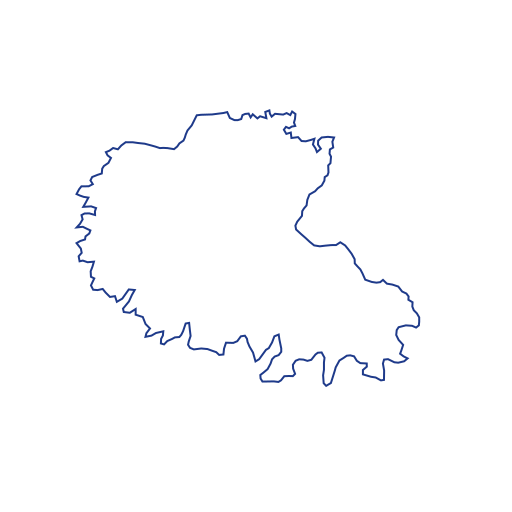 Pato Branco, Paraná, Brazil (Robinson projection), rotated 135°
{"feature_id": "56859067B2148871649171", "entity_name": "Pato Branco", "entity_type": "district", "adm_level": 2, "iso_a3": "BRA", "parent_name": "Brazil", "parent_adm1": "Paraná", "projection": "robinson", "projection_center": [-52.664, -26.152], "detail": "fine", "context": "isolated", "style": "outline", "palette": "blue", "viewbox_px": 512, "rotation_deg": 135, "n_neighbors": 0, "source": "geoboundaries", "source_scale": "gbopen_adm2", "svg_char_len": 4028}
<svg xmlns="http://www.w3.org/2000/svg" viewBox="0 0 512 512"><g transform="rotate(135 256 256)"><path d="M132.7,273.2L131.7,276.3L128.4,279.1L124.7,278.1L121.2,282.8L117.0,284.6L120.9,289.4L125.8,293.4L130.5,293.6L133.4,290.9L134.3,286.0L139.4,286.4L137.8,290.0L136.9,294.6L131.8,297.6L135.0,299.2L139.7,301.9L142.5,305.1L142.2,310.3L147.5,314.4L144.1,318.7L148.2,320.9L147.0,325.6L143.5,326.1L142.3,322.9L139.2,322.2L136.3,320.2L134.8,323.5L131.6,325.3L127.7,328.5L128.3,332.6L132.1,331.4L133.3,335.4L136.8,336.8L142.0,343.1L146.4,343.5L145.5,346.9L143.6,349.5L147.6,351.3L151.2,346.1L154.3,351.9L157.7,352.3L158.1,358.5L161.8,357.8L160.5,361.9L163.2,364.1L165.9,365.2L169.6,363.3L172.9,365.0L175.2,367.4L176.9,372.1L174.6,378.1L178.0,380.2L186.9,387.1L195.0,394.7L198.4,397.4L209.1,393.8L215.7,393.2L219.7,391.6L222.7,390.0L225.7,388.9L230.5,389.8L234.3,389.1L238.4,389.5L242.3,394.9L245.2,398.1L247.7,400.3L249.8,404.5L251.7,407.9L255.3,414.1L259.5,419.3L262.6,423.4L267.7,428.6L273.1,429.4L278.2,429.1L280.7,433.4L285.2,434.1L288.7,435.6L289.8,432.1L289.2,427.9L294.5,426.2L300.0,427.2L303.0,426.5L306.7,423.4L310.6,425.4L316.0,427.7L319.6,426.5L320.6,422.2L325.0,423.6L330.2,428.7L333.8,428.3L339.1,426.7L337.7,423.1L336.0,419.6L333.2,415.8L338.9,414.1L343.4,412.9L337.5,407.7L335.2,403.0L338.3,401.5L340.8,398.8L343.8,404.1L347.2,407.3L350.5,408.3L352.7,404.5L357.7,403.2L362.6,403.0L357.8,399.1L356.3,394.7L355.0,391.2L358.0,389.8L362.7,390.4L365.2,388.6L369.7,390.9L373.8,392.0L374.6,385.1L377.0,381.5L381.6,381.2L384.5,377.0L381.7,375.2L379.5,370.7L374.6,366.6L379.2,364.1L383.7,362.1L387.4,358.0L386.2,354.5L389.7,353.3L393.5,351.9L395.0,347.3L392.1,343.9L387.7,341.1L388.2,336.5L388.2,330.3L384.1,327.3L386.8,322.0L380.7,320.4L369.6,322.3L365.8,317.7L371.3,316.2L378.0,313.7L387.3,312.8L389.1,309.9L385.4,305.1L378.6,303.6L382.6,299.6L379.2,292.9L382.2,286.0L382.2,279.7L388.1,278.9L391.3,277.0L386.2,273.6L381.2,272.3L374.8,268.3L378.1,265.6L381.7,264.5L385.1,261.4L383.5,258.5L378.9,258.6L374.0,256.7L370.9,255.8L367.5,252.9L364.6,253.1L360.7,254.4L353.5,258.0L350.6,256.0L355.2,250.3L358.8,245.7L364.0,243.1L366.8,241.3L367.6,237.7L366.0,233.9L360.1,229.3L356.1,224.5L354.1,220.2L352.1,216.1L352.0,212.1L348.7,209.4L344.1,213.1L338.5,215.9L333.5,210.6L329.5,209.0L323.5,209.9L320.2,207.5L320.9,203.9L322.8,201.1L324.6,196.7L326.4,189.8L330.9,181.8L326.7,180.8L315.3,182.6L312.1,181.8L305.8,183.5L299.8,186.2L295.5,184.4L298.5,180.4L303.5,172.8L305.9,170.4L310.1,169.9L313.9,171.7L317.7,171.6L321.8,169.6L327.8,167.8L333.4,168.3L337.1,168.8L339.4,166.1L340.2,162.7L337.3,159.8L332.1,154.8L329.2,151.1L326.3,150.4L321.0,151.0L317.6,147.9L314.9,145.0L311.7,145.0L309.4,150.1L306.8,153.0L302.0,153.9L298.5,152.4L295.7,149.2L293.8,145.5L290.3,143.5L283.6,144.3L280.7,143.9L277.8,141.4L279.5,135.6L283.2,132.7L288.4,127.5L292.9,124.2L298.1,118.2L298.2,114.6L292.9,113.2L286.9,116.3L281.0,119.4L278.4,120.9L270.9,123.1L266.1,122.0L262.3,121.3L259.6,119.1L257.6,115.7L258.8,110.6L258.0,106.5L253.7,101.7L255.9,99.4L261.0,99.8L264.1,96.7L260.1,89.3L257.3,85.5L255.6,79.7L253.1,77.9L249.5,81.4L246.4,84.4L242.3,90.2L238.7,92.2L235.6,89.7L233.3,83.0L230.9,80.0L225.7,76.8L221.2,76.4L222.6,80.6L223.2,85.0L220.1,86.4L214.8,89.1L214.5,95.8L212.7,101.0L208.9,104.1L205.5,104.8L199.1,101.0L195.0,96.3L193.4,92.2L189.9,91.8L187.1,94.1L184.0,97.2L182.8,101.7L182.8,106.1L181.2,109.7L178.0,112.6L179.2,117.3L176.7,119.5L176.2,123.1L177.8,127.6L177.0,133.8L179.8,139.4L183.0,143.9L183.1,149.3L186.7,149.7L189.7,152.0L192.5,155.8L195.5,162.0L193.0,168.5L191.7,172.7L191.6,177.0L191.4,180.9L188.5,184.0L186.8,190.0L186.0,195.7L185.5,200.4L186.7,206.1L191.6,207.1L195.2,210.6L199.8,214.4L204.0,217.7L207.4,222.4L208.0,228.1L208.2,233.6L208.6,239.5L208.9,246.4L206.7,249.6L202.6,251.1L195.1,251.9L191.6,255.0L188.5,255.7L184.5,256.0L180.0,259.4L174.7,261.7L168.4,260.0L164.5,260.2L159.6,259.4L154.4,260.9L151.6,263.2L148.4,262.5L145.7,263.8L140.9,269.0L137.7,269.0L132.7,273.2Z" fill="none" stroke="#1e3a8a" stroke-width="2"/></g></svg>